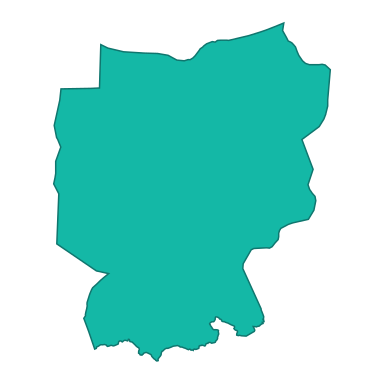 outline of Gummi, Zamfara, Nigeria
{"feature_id": "59680162B37513478805829", "entity_name": "Gummi", "entity_type": "district", "adm_level": 2, "iso_a3": "NGA", "parent_name": "Nigeria", "parent_adm1": "Zamfara", "projection": "mercator", "projection_center": [5.146, 12.032], "detail": "fine", "context": "isolated", "style": "filled", "palette": "teal", "viewbox_px": 384, "rotation_deg": 0, "n_neighbors": 0, "source": "geoboundaries", "source_scale": "gbopen_adm2", "svg_char_len": 4077}
<svg xmlns="http://www.w3.org/2000/svg" viewBox="0 0 384 384"><path d="M263.0,323.5L262.3,322.3L263.3,322.1L264.0,321.7L264.0,321.1L263.6,320.6L263.7,319.9L263.3,319.6L263.1,319.7L262.9,319.2L263.4,318.9L263.6,318.2L263.7,316.5L263.3,315.4L262.4,313.0L261.9,311.7L261.2,310.1L261.1,308.8L242.8,268.6L243.2,263.7L251.2,249.8L253.8,248.5L257.0,248.3L266.7,247.8L269.5,248.1L272.1,246.7L274.9,243.1L278.1,239.6L278.7,236.8L278.7,233.2L279.5,230.6L280.8,228.4L288.3,224.4L292.7,222.9L308.4,219.3L313.9,210.2L315.8,200.7L315.0,196.4L312.2,193.2L309.6,189.4L308.0,184.7L313.1,169.3L309.4,159.5L308.0,155.8L301.9,139.5L319.2,126.6L323.9,119.0L325.7,114.3L325.8,113.7L326.5,110.9L326.9,109.3L327.7,106.1L327.7,102.6L327.7,99.9L330.3,69.7L325.2,65.0L322.1,64.3L318.9,64.7L314.5,64.7L309.4,64.7L305.5,63.4L302.5,60.8L298.8,55.4L297.1,51.5L295.5,47.0L293.6,44.7L291.8,42.8L290.0,41.8L288.2,41.0L286.4,37.4L282.6,30.6L283.8,23.0L274.2,26.9L265.7,30.2L259.5,32.3L248.1,35.8L228.7,40.4L226.6,40.2L221.0,40.2L217.6,40.4L216.8,40.9L215.2,42.1L212.3,41.6L206.6,43.8L204.3,45.5L203.4,46.3L202.6,47.2L200.2,48.8L198.9,50.8L198.5,51.3L195.2,55.7L193.9,57.0L192.9,58.0L190.1,59.7L188.1,59.6L184.3,60.8L176.9,60.1L168.1,55.3L157.6,53.5L144.4,53.1L123.6,51.8L107.9,48.1L100.8,44.6L99.5,88.0L90.9,88.4L61.0,88.9L59.8,100.1L54.2,125.5L56.6,137.6L57.7,139.4L60.8,147.1L55.7,161.3L55.7,173.5L55.0,177.8L53.7,183.9L58.8,193.8L56.8,243.9L96.4,270.9L108.6,273.6L104.0,277.4L100.8,280.1L96.5,284.3L92.7,287.7L91.6,289.6L89.7,294.2L88.1,299.3L87.1,302.5L87.0,304.2L87.2,305.9L86.7,308.7L85.9,311.9L85.4,314.5L85.5,315.8L83.8,318.3L88.7,331.5L94.7,349.1L96.3,348.4L96.7,346.9L98.0,346.4L99.6,345.4L100.6,344.7L102.6,344.8L104.5,344.5L106.4,345.1L106.9,346.0L107.5,346.4L109.2,346.0L110.6,345.4L111.4,345.3L113.2,345.9L114.3,345.7L116.7,344.7L118.2,344.0L118.7,341.7L119.6,341.0L120.9,340.9L121.4,341.5L122.4,341.9L123.7,340.7L125.0,340.2L127.7,340.9L128.2,339.9L128.4,339.3L129.3,339.5L129.9,341.5L132.2,342.1L135.1,344.9L136.4,346.3L137.7,347.3L138.7,347.7L139.3,349.1L139.2,350.0L138.7,350.9L138.6,352.4L138.6,353.2L139.5,353.7L140.2,354.9L141.3,355.1L142.2,355.0L142.4,354.5L143.2,354.1L143.7,353.3L144.2,353.0L146.1,352.4L147.3,352.8L148.8,353.5L150.2,354.2L151.1,354.7L151.7,356.2L152.4,357.1L153.7,358.5L154.3,359.1L155.1,359.4L155.7,360.3L156.2,360.6L156.9,361.0L158.2,360.6L158.0,359.2L158.9,357.8L160.4,356.0L161.1,354.8L161.2,353.6L161.5,352.3L162.1,351.2L162.7,351.1L163.6,350.2L164.8,349.1L166.3,348.3L168.0,348.3L171.2,347.1L172.3,346.6L173.2,346.2L174.5,346.0L176.1,345.8L177.3,345.5L179.5,346.3L180.1,347.0L182.1,347.1L183.7,347.8L185.4,348.3L187.2,349.2L188.5,349.7L189.7,349.1L190.5,349.5L190.9,350.1L191.6,350.1L192.3,350.0L192.8,350.1L193.2,350.4L193.6,349.4L194.7,349.1L195.2,349.4L196.4,349.3L197.7,348.8L198.8,348.3L199.2,346.0L200.2,345.5L200.8,345.7L201.9,345.1L203.3,345.5L204.1,345.7L204.7,346.0L205.2,345.8L205.6,345.0L205.9,344.0L207.3,343.3L207.9,343.4L208.4,342.6L209.4,342.4L210.6,342.5L211.0,342.9L211.7,343.2L213.0,342.9L214.5,342.6L215.3,342.2L216.0,340.7L216.8,340.0L217.4,339.0L217.6,338.2L217.5,337.3L217.9,336.3L218.2,335.1L218.7,334.1L218.6,333.1L218.3,332.0L218.3,331.4L218.5,330.7L218.1,330.1L217.1,329.8L216.0,329.7L214.7,329.7L213.8,329.7L213.0,329.2L212.4,328.5L211.9,327.5L211.3,326.7L210.5,325.6L210.3,324.8L209.8,324.4L209.6,323.6L210.2,322.9L211.1,322.2L211.7,321.8L212.4,321.8L213.7,321.7L214.4,320.9L214.9,320.0L215.2,319.4L215.2,318.6L215.3,317.7L215.6,317.0L216.7,316.9L217.9,317.3L219.1,318.1L219.6,319.0L220.7,319.2L221.6,320.1L221.6,320.7L222.1,321.3L223.2,321.7L224.4,321.6L225.2,322.2L226.7,322.7L228.0,323.1L230.0,324.2L231.2,324.8L232.9,325.5L234.1,326.0L234.5,326.6L234.5,327.7L233.9,328.5L234.6,329.5L235.7,330.2L236.7,330.5L237.4,331.0L237.5,332.0L237.0,333.1L236.7,334.1L236.7,335.1L237.4,335.4L238.6,335.6L239.3,335.3L241.6,335.8L246.2,336.1L254.3,331.4L254.8,330.1L253.2,326.5L254.7,326.6L255.8,326.7L256.4,326.9L257.5,326.4L258.6,326.2L259.4,326.0L260.1,325.2L261.6,324.0L263.0,323.5Z" fill="#14b8a6" stroke="#0f766e" stroke-width="1.5"/></svg>